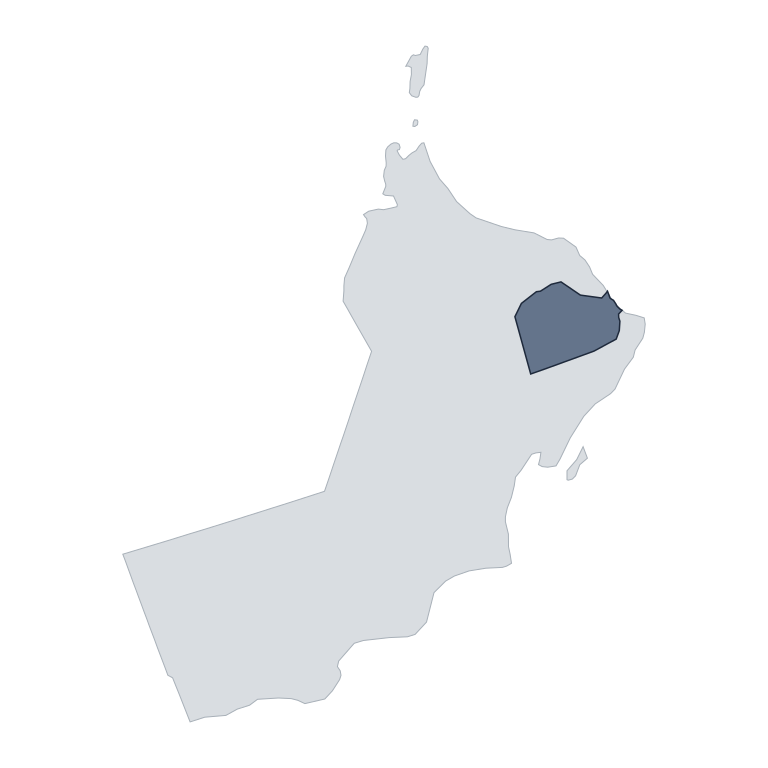 where Ash Sharqiyah North sits in Oman
{"feature_id": "OMN-5496", "entity_name": "Ash Sharqiyah North", "entity_type": "Region", "adm_level": 1, "iso_a3": "OMN", "parent_name": "Oman", "parent_adm1": "", "projection": "albers", "projection_center": [59.003, 22.366], "detail": "fine", "context": "in_parent", "style": "filled", "palette": "slate", "viewbox_px": 768, "rotation_deg": 0, "n_neighbors": 0, "source": "natural_earth", "source_scale": "10m", "svg_char_len": 3484}
<svg xmlns="http://www.w3.org/2000/svg" viewBox="0 0 768 768"><path d="M190.1,721.9L186.4,712.5L182.7,703.1L179.0,693.7L175.2,684.3L172.6,677.8L167.9,675.3L165.3,668.3L162.6,661.2L159.9,654.1L157.2,647.0L154.6,639.8L151.9,632.7L149.2,625.6L146.6,618.4L143.9,611.3L141.3,604.2L138.6,597.0L136.0,589.9L133.3,582.8L130.7,575.6L128.1,568.5L125.5,561.3L122.8,554.2L132.4,551.3L144.0,547.8L155.6,544.3L167.2,540.8L178.8,537.2L190.4,533.6L202.0,530.1L213.6,526.5L225.2,522.9L236.7,519.3L248.3,515.6L259.8,512.0L271.4,508.3L282.9,504.7L294.4,501.0L305.9,497.3L317.4,493.6L324.5,491.3L327.7,482.0L330.3,474.3L332.9,466.5L335.5,458.8L338.1,451.1L340.7,443.4L343.4,435.7L346.0,427.9L348.6,420.2L351.1,412.5L353.7,404.7L356.3,397.0L358.9,389.3L361.5,381.6L364.1,373.8L366.6,366.1L369.2,358.4L371.6,351.3L367.6,344.3L362.3,335.0L356.7,325.2L351.5,316.0L347.7,309.2L343.1,301.2L343.9,290.9L343.9,285.8L344.6,277.9L349.4,267.1L355.1,253.4L359.3,244.2L362.9,236.3L365.7,229.9L367.4,223.3L366.7,218.6L365.0,216.8L363.5,214.6L368.7,211.2L378.3,209.1L383.6,209.7L391.0,208.1L396.9,206.7L397.4,204.7L395.8,201.1L393.5,196.0L385.2,195.3L382.8,193.8L385.8,186.3L385.7,184.0L384.7,181.1L383.6,176.4L384.3,170.3L386.1,166.2L386.2,162.9L385.5,156.0L385.9,149.9L387.7,146.9L390.9,144.1L393.8,142.8L396.8,142.9L399.1,144.2L400.1,147.4L399.4,149.6L397.7,149.9L397.1,150.8L399.4,155.1L402.9,159.3L405.6,158.7L408.8,155.5L412.0,152.9L416.1,150.6L419.1,146.1L421.7,143.2L423.9,142.8L430.1,161.4L439.5,178.9L447.9,188.5L456.6,201.6L470.0,213.7L476.1,217.9L501.3,226.5L515.0,229.8L534.0,232.9L547.1,239.5L551.6,239.9L558.5,238.0L563.5,238.2L576.0,247.1L579.7,255.5L585.0,260.0L589.6,267.0L592.6,274.3L603.3,285.5L610.9,298.0L618.6,307.3L625.5,313.1L635.9,315.3L644.2,317.9L645.2,324.1L644.4,332.2L642.8,338.2L635.1,350.0L633.3,357.2L624.5,369.1L615.0,389.1L610.6,393.6L595.2,403.9L583.8,416.3L570.3,437.8L560.0,459.1L556.0,465.9L547.7,467.2L542.2,466.6L538.5,464.6L540.0,458.8L540.9,452.3L535.9,452.9L531.6,454.3L521.2,470.1L515.5,477.1L514.2,486.0L511.4,497.4L507.3,507.9L505.4,516.8L505.4,521.8L508.4,534.1L508.5,546.7L510.1,554.2L511.5,563.3L506.6,566.1L502.4,567.4L485.9,568.2L469.1,570.9L454.4,576.0L445.6,581.1L434.0,592.6L426.5,622.1L415.1,634.4L407.4,636.8L389.1,637.6L363.3,640.5L354.2,643.3L338.7,661.0L337.4,666.6L340.2,670.8L341.0,675.3L339.6,679.6L332.4,690.8L324.8,699.0L304.9,703.6L297.8,700.3L291.2,698.6L278.4,698.0L257.5,699.3L249.6,705.2L237.3,709.1L225.9,715.4L204.7,717.2L190.1,721.9ZM419.0,95.5L417.8,97.1L415.9,97.3L411.7,95.8L409.3,92.6L409.9,88.7L410.1,81.5L411.4,74.7L411.3,67.5L408.1,66.0L405.8,66.3L411.3,56.3L413.4,54.8L415.3,55.5L420.2,54.5L422.9,49.0L425.0,46.1L427.2,46.5L428.2,48.2L427.3,56.5L427.1,63.5L424.0,84.8L421.1,88.5L419.7,91.4L419.0,95.5ZM572.3,479.1L568.2,480.2L567.0,479.7L567.0,470.8L576.7,459.6L583.1,446.7L587.4,458.2L579.8,464.7L575.6,475.8L572.3,479.1ZM417.5,124.7L414.8,126.5L412.9,126.2L413.3,122.4L414.5,119.8L417.3,120.1L417.9,121.7L417.5,124.7Z" fill="#d9dde1" stroke="#a8b0b8" stroke-width="1"/><path d="M607.5,291.2L609.2,295.7L609.5,296.7L610.0,298.0L611.2,299.0L613.5,300.3L616.1,304.4L616.5,305.5L617.4,306.6L620.1,309.2L622.1,310.3L618.6,314.0L618.7,317.5L619.9,321.2L619.3,330.6L616.2,339.1L608.2,343.4L594.0,351.1L579.5,356.4L564.1,362.0L547.6,368.0L530.7,374.0L514.9,316.7L521.4,303.4L536.4,291.7L540.4,291.2L551.2,284.3L561.0,281.9L580.4,295.1L601.7,298.0L606.0,293.2L607.5,291.2L607.5,291.2Z" fill="#64748b" stroke="#1e293b" stroke-width="1.5"/></svg>